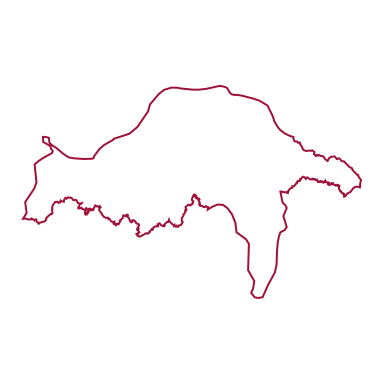 Walungu, Sud-Kivu, Democratic Republic of the Congo
{"feature_id": "63176286B8564391110970", "entity_name": "Walungu", "entity_type": "district", "adm_level": 2, "iso_a3": "COD", "parent_name": "Democratic Republic of the Congo", "parent_adm1": "Sud-Kivu", "projection": "albers", "projection_center": [28.724, -2.771], "detail": "fine", "context": "isolated", "style": "outline", "palette": "rose", "viewbox_px": 384, "rotation_deg": 0, "n_neighbors": 0, "source": "geoboundaries", "source_scale": "gbopen_adm2", "svg_char_len": 5982}
<svg xmlns="http://www.w3.org/2000/svg" viewBox="0 0 384 384"><path d="M46.0,137.0L43.0,136.9L43.2,141.9L50.4,146.1L51.0,148.7L52.7,150.9L52.1,153.0L42.9,158.1L38.5,161.1L34.6,164.4L36.5,182.5L34.1,188.8L25.2,202.1L26.6,212.9L23.0,218.8L26.0,218.6L27.9,219.4L30.4,219.5L31.2,219.3L31.5,218.5L34.2,220.0L34.4,220.4L35.7,219.3L36.3,219.5L36.5,221.3L37.1,222.1L37.9,222.4L38.5,223.7L39.1,223.6L40.3,222.3L41.7,222.3L43.7,221.5L44.5,221.5L46.3,219.5L46.0,218.9L46.7,217.5L50.7,214.0L51.5,214.2L52.5,213.2L51.9,209.6L52.4,208.9L52.1,207.9L52.6,205.6L55.1,202.0L55.5,202.2L57.2,201.7L58.2,202.2L58.7,202.9L59.2,202.3L60.0,202.4L60.7,200.5L61.9,201.5L63.9,201.7L64.0,200.1L65.4,197.8L66.8,198.7L67.8,197.4L69.8,197.8L70.1,197.5L71.7,198.0L73.3,200.1L74.4,200.2L75.0,199.7L76.4,200.2L77.8,202.9L79.6,203.7L81.8,203.1L81.5,203.6L79.6,204.2L79.2,206.4L78.2,207.4L78.4,208.5L81.6,207.8L82.4,209.2L84.9,209.5L85.6,209.2L86.2,208.1L86.6,208.5L87.1,209.2L86.9,209.6L85.3,210.2L84.9,213.1L85.4,214.4L86.1,213.7L86.8,214.3L87.0,213.8L86.6,213.0L87.4,213.3L87.8,213.1L87.8,212.5L88.5,212.3L88.5,211.9L88.1,212.0L87.9,211.7L88.3,211.5L88.9,208.8L89.8,208.7L89.6,209.4L90.4,209.4L90.6,210.4L92.0,210.2L92.1,209.5L93.2,210.1L93.4,209.9L92.9,209.2L93.7,208.6L95.2,205.5L96.3,206.3L97.1,206.0L98.7,207.2L99.8,206.1L100.6,207.3L99.3,208.8L99.1,210.0L101.5,213.4L101.8,213.5L102.5,215.4L103.4,215.9L103.8,216.8L105.4,217.7L108.2,217.8L108.5,219.1L109.5,218.8L111.1,221.4L112.8,221.9L113.5,221.8L113.2,222.1L113.4,223.2L113.8,223.5L114.4,222.9L114.7,223.1L114.3,223.9L115.0,223.9L115.3,224.7L115.8,224.5L116.1,225.0L116.6,224.1L117.0,224.4L117.6,223.7L118.6,224.2L120.2,221.3L119.9,220.6L120.7,220.6L121.0,219.5L122.5,218.4L123.2,215.4L126.4,216.4L126.9,215.7L126.5,214.8L127.4,214.7L127.9,215.0L127.6,216.8L129.0,218.3L130.6,222.0L131.5,222.4L132.4,221.6L132.4,220.3L133.3,220.1L135.4,221.4L135.7,222.6L136.9,223.6L138.6,224.1L139.2,225.1L138.0,226.8L138.4,227.3L137.0,228.9L137.3,229.7L138.2,229.5L137.8,230.4L138.5,230.8L139.3,232.4L138.5,232.6L138.1,233.8L137.3,233.5L136.4,234.1L137.5,235.1L137.5,235.8L139.8,236.7L146.4,233.1L147.2,233.8L148.8,233.0L148.8,232.5L149.4,232.5L149.9,231.9L149.7,231.3L150.3,230.7L151.4,229.9L152.3,229.9L152.0,229.0L153.1,228.8L153.4,227.4L156.1,226.2L157.8,226.5L158.2,225.7L157.5,225.3L157.8,224.1L159.6,223.3L160.9,225.1L162.9,226.1L164.4,226.2L164.8,225.6L164.1,224.7L166.9,222.1L168.1,222.0L169.0,219.7L169.6,221.5L172.1,224.0L173.8,225.2L174.4,224.9L174.2,226.1L174.7,225.9L175.4,226.5L176.6,225.7L177.0,226.7L178.1,226.8L179.2,225.3L181.0,225.0L182.7,222.0L181.9,221.2L181.6,219.0L182.3,217.3L183.5,215.7L183.4,214.3L184.8,213.2L185.0,211.8L185.8,211.0L185.3,210.2L186.2,209.9L185.9,209.4L186.2,209.0L185.5,207.0L188.4,204.7L190.1,205.5L191.0,204.5L191.3,204.7L192.6,203.8L193.2,201.8L192.6,201.9L192.7,200.8L192.1,200.2L191.9,198.9L193.5,195.2L193.9,194.8L194.1,195.3L195.4,194.9L196.2,196.2L195.1,196.7L197.0,197.7L196.5,198.4L198.0,199.0L199.0,198.7L199.4,199.3L199.0,199.5L198.6,201.0L199.1,201.2L199.8,202.8L199.5,203.1L199.9,204.0L199.2,204.2L199.7,205.4L200.5,205.9L202.3,205.9L203.6,207.1L205.4,206.8L205.8,206.2L206.2,206.2L207.2,207.1L208.2,207.1L207.7,209.6L212.1,206.9L217.4,204.6L222.9,204.8L227.4,208.1L231.9,214.1L235.4,222.8L236.5,232.3L245.9,239.1L248.9,243.9L248.1,270.2L254.3,281.1L253.1,288.4L251.2,293.0L254.6,297.2L258.0,298.0L262.6,297.2L268.1,284.9L275.0,272.2L276.6,264.2L277.0,251.3L277.7,242.7L279.0,236.2L280.3,232.4L284.9,229.9L286.7,227.1L283.4,216.1L286.7,207.9L285.4,205.4L282.5,202.3L280.4,191.5L282.3,191.5L282.8,192.1L284.8,192.1L287.4,192.9L287.2,192.2L288.0,192.3L288.0,191.3L288.7,190.9L288.8,190.1L290.3,188.4L292.2,187.8L292.3,186.2L293.3,186.5L294.7,185.7L295.0,184.8L296.8,183.3L296.5,182.8L296.7,182.4L297.3,182.5L297.6,181.3L298.0,180.9L299.5,181.2L300.1,180.4L300.1,179.2L300.7,179.4L301.8,177.6L303.2,176.7L304.6,177.3L305.9,179.0L306.7,177.5L307.2,177.4L308.0,177.6L309.2,178.9L311.2,179.5L312.0,178.9L312.8,179.4L313.1,178.9L313.6,179.3L314.1,178.8L314.5,178.8L315.4,180.0L316.9,179.5L317.3,181.0L318.1,181.2L318.0,182.0L319.0,182.1L319.3,181.8L319.9,181.8L320.2,181.2L321.0,181.0L321.8,181.4L321.7,181.9L322.2,181.9L323.2,182.7L325.2,180.5L325.5,181.6L326.0,181.8L325.8,182.2L326.9,182.2L327.5,182.8L328.1,182.3L328.5,182.5L328.0,183.0L328.3,183.3L328.0,184.4L328.9,184.9L329.9,185.0L330.5,184.5L330.0,184.0L331.8,183.1L332.1,183.6L332.9,183.3L332.9,184.5L335.2,184.8L335.8,185.6L336.9,184.8L338.0,184.9L338.4,185.4L338.0,186.1L338.3,186.3L339.3,186.0L338.9,188.9L340.2,190.5L340.2,191.2L341.3,191.5L341.3,192.5L342.1,193.1L342.6,193.5L343.4,193.3L344.2,194.1L343.8,195.0L344.1,196.7L345.7,195.9L346.5,194.3L347.7,193.3L350.5,191.9L353.1,188.5L354.7,187.2L357.2,186.5L359.9,187.5L360.2,186.6L360.0,184.7L361.0,179.9L358.4,176.6L358.2,174.9L357.1,174.8L352.3,169.7L352.5,169.2L351.7,168.0L349.6,167.2L343.9,161.3L342.5,161.4L341.0,160.6L340.4,159.3L339.6,158.7L338.2,158.3L337.5,159.1L336.7,159.0L335.2,157.0L334.1,156.3L330.5,157.1L328.8,158.5L327.7,160.9L327.4,161.0L325.3,159.2L323.1,156.2L320.6,156.0L319.2,155.1L318.5,155.6L317.6,154.9L316.2,155.1L316.3,155.9L315.9,156.0L314.0,154.1L314.0,153.4L314.5,152.7L314.4,151.9L312.2,150.4L310.9,150.9L309.7,150.5L306.6,151.0L304.0,150.3L303.4,149.4L302.8,149.2L301.9,146.6L300.2,144.4L300.2,142.9L299.0,142.4L298.1,142.8L297.0,141.5L295.4,141.6L294.3,140.9L293.4,138.3L293.5,137.1L289.3,135.7L284.7,133.4L280.4,130.1L278.0,127.4L274.3,121.3L272.9,116.5L267.5,105.5L259.5,100.7L253.6,98.7L242.1,95.7L238.2,95.0L234.3,94.9L231.8,94.4L230.2,93.1L227.1,88.1L225.1,87.0L221.5,86.1L219.1,86.0L206.0,88.9L198.4,89.7L193.3,89.7L181.1,88.5L177.0,87.7L171.5,87.6L164.0,89.9L158.7,94.1L150.0,104.4L148.1,111.3L137.5,126.9L129.5,133.7L113.8,138.8L113.1,139.8L104.1,145.0L99.5,149.0L94.3,155.9L93.5,158.2L92.2,158.7L83.7,159.0L73.9,158.3L68.8,157.4L63.0,153.6L56.8,148.3L51.6,145.0L49.8,143.1L49.2,141.4L49.0,137.9L46.0,137.0Z" fill="none" stroke="#9f1239" stroke-width="2"/></svg>